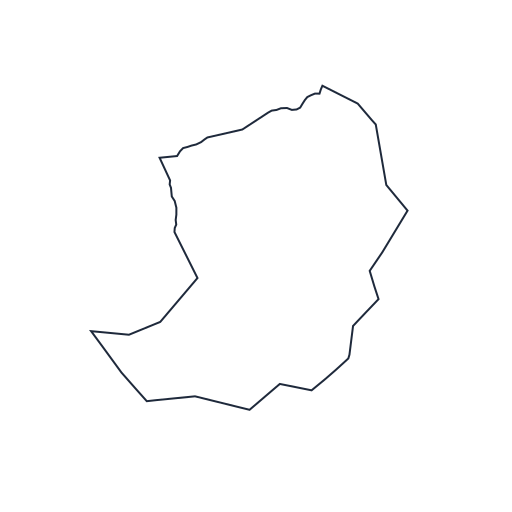 Caridade do Piauí, Piauí, Brazil (Albers equal-area conic projection), rotated 134°
{"feature_id": "56859067B32922101627440", "entity_name": "Caridade do Piauí", "entity_type": "district", "adm_level": 2, "iso_a3": "BRA", "parent_name": "Brazil", "parent_adm1": "Piauí", "projection": "albers", "projection_center": [-40.967, -7.711], "detail": "fine", "context": "isolated", "style": "outline", "palette": "slate", "viewbox_px": 512, "rotation_deg": 134, "n_neighbors": 0, "source": "geoboundaries", "source_scale": "gbopen_adm2", "svg_char_len": 1033}
<svg xmlns="http://www.w3.org/2000/svg" viewBox="0 0 512 512"><g transform="rotate(134 256 256)"><path d="M424.6,322.4L428.0,302.3L433.3,271.8L435.0,250.9L436.3,233.7L429.3,227.9L399.3,202.4L377.8,165.3L371.1,153.8L345.0,151.3L331.5,150.0L322.9,136.6L314.0,122.7L297.4,120.8L282.8,119.5L265.6,118.4L262.1,120.2L238.9,137.6L220.4,137.8L201.9,137.9L195.6,149.8L187.7,163.9L165.7,167.7L118.1,178.5L114.4,211.6L88.2,247.5L80.9,257.5L78.2,261.2L77.8,267.0L75.7,288.7L87.4,326.5L91.1,325.1L95.1,323.1L98.2,326.4L102.1,328.1L106.0,329.5L109.8,329.2L113.8,328.4L118.6,327.3L122.4,328.6L126.0,331.7L128.0,336.5L132.4,340.7L136.7,342.7L140.5,345.7L144.5,346.9L174.5,353.7L204.5,373.3L207.9,374.0L212.2,374.6L217.3,376.5L221.4,379.1L225.1,381.0L229.0,383.4L233.5,383.4L238.9,382.2L252.3,393.6L261.3,370.3L264.5,367.8L266.0,364.5L268.7,361.4L271.7,357.9L272.9,352.7L276.6,346.8L281.6,342.0L285.9,338.8L288.8,335.2L292.3,333.9L295.4,331.3L312.5,282.8L369.9,279.1L400.9,292.7L424.6,322.4Z" fill="none" stroke="#1e293b" stroke-width="2"/></g></svg>